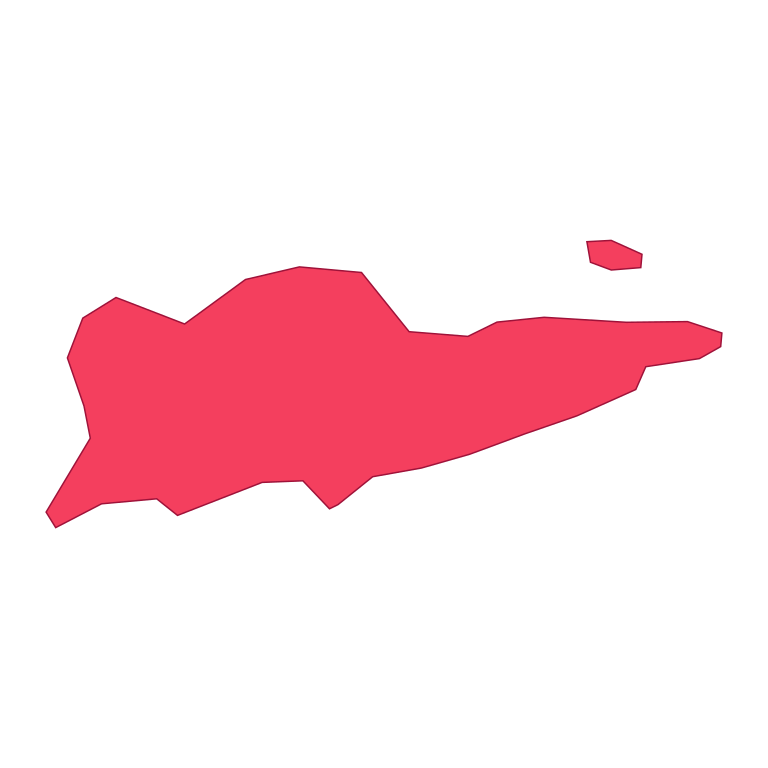 St. Croix, United States Virgin Islands, United States of America (Natural Earth projection)
{"feature_id": "52423323B37020317002794", "entity_name": "St. Croix", "entity_type": "district", "adm_level": 2, "iso_a3": "USA", "parent_name": "United States of America", "parent_adm1": "United States Virgin Islands", "projection": "natural_earth1", "projection_center": [-64.727, 17.735], "detail": "fine", "context": "isolated", "style": "filled", "palette": "rose", "viewbox_px": 768, "rotation_deg": 0, "n_neighbors": 0, "source": "geoboundaries", "source_scale": "gbopen_adm2", "svg_char_len": 642}
<svg xmlns="http://www.w3.org/2000/svg" viewBox="0 0 768 768"><path d="M46.1,512.1L55.7,527.6L101.6,503.8L156.7,498.8L177.5,515.4L262.1,482.4L302.9,480.8L329.5,508.8L338.0,504.6L372.7,476.7L421.5,468.0L469.8,454.2L524.7,433.9L577.0,415.8L635.8,389.5L645.8,366.7L682.1,361.2L699.4,358.6L720.7,346.6L721.9,333.0L687.5,321.6L626.4,322.3L544.1,317.3L497.0,322.1L467.9,336.4L409.1,331.7L361.5,272.5L299.4,266.9L245.5,279.5L184.6,324.0L116.0,297.5L82.8,318.1L67.4,357.9L84.0,406.0L90.3,438.2L46.1,512.1ZM586.9,241.7L590.5,262.3L611.3,270.0L640.8,267.6L642.0,254.3L611.2,240.4L586.9,241.7Z" fill="#f43f5e" stroke="#9f1239" stroke-width="1.5"/></svg>